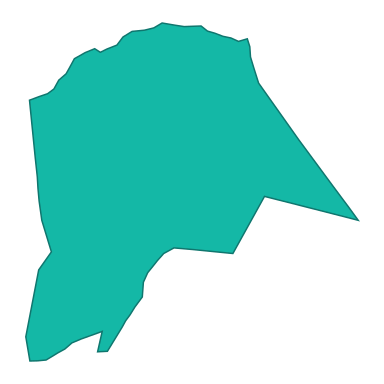 the district of Acarape, Ceará, Brazil
{"feature_id": "56859067B60781909044544", "entity_name": "Acarape", "entity_type": "district", "adm_level": 2, "iso_a3": "BRA", "parent_name": "Brazil", "parent_adm1": "Ceará", "projection": "robinson", "projection_center": [-38.665, -4.224], "detail": "fine", "context": "isolated", "style": "filled", "palette": "teal", "viewbox_px": 384, "rotation_deg": 0, "n_neighbors": 0, "source": "geoboundaries", "source_scale": "gbopen_adm2", "svg_char_len": 938}
<svg xmlns="http://www.w3.org/2000/svg" viewBox="0 0 384 384"><path d="M247.3,38.8L238.5,41.4L231.0,38.0L222.9,36.3L214.8,33.2L207.5,31.1L201.1,26.0L192.0,26.3L184.2,26.6L175.0,25.2L162.1,23.0L153.8,27.9L144.4,30.2L132.1,31.4L123.0,37.0L116.9,45.1L107.0,49.0L100.3,52.3L94.7,48.7L85.2,52.6L74.4,58.7L69.7,67.4L66.1,73.8L58.8,80.1L53.9,89.0L47.6,93.7L39.1,96.6L29.5,100.2L35.2,157.3L37.3,176.9L38.0,188.7L39.1,200.9L41.8,220.3L51.4,251.9L38.7,269.9L25.8,336.8L29.9,361.0L37.7,360.8L46.1,360.0L57.8,352.9L64.9,349.0L71.9,342.9L81.1,339.0L102.2,331.4L97.6,351.8L107.4,351.3L122.3,326.9L125.7,320.7L130.0,314.9L134.9,307.0L142.3,297.0L143.4,282.2L147.7,272.7L153.2,265.9L157.4,260.6L163.7,253.5L174.0,247.9L193.6,249.6L213.6,251.6L232.9,253.5L264.5,196.4L315.3,209.3L358.2,220.3L348.4,206.8L342.7,199.2L332.8,185.9L298.7,139.7L258.6,83.1L253.9,68.2L250.5,57.0L249.8,46.7L247.3,38.8Z" fill="#14b8a6" stroke="#0f766e" stroke-width="1.5"/></svg>